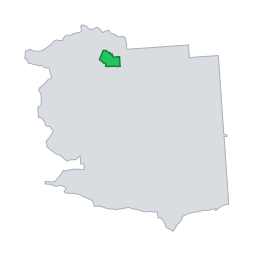 Kutum, North Darfur, Sudan (highlighted), rotated 86°
{"feature_id": "16777658B71410798895125", "entity_name": "Kutum", "entity_type": "district", "adm_level": 2, "iso_a3": "SDN", "parent_name": "Sudan", "parent_adm1": "North Darfur", "projection": "robinson", "projection_center": [24.615, 14.495], "detail": "fine", "context": "in_parent", "style": "filled", "palette": "green", "viewbox_px": 256, "rotation_deg": 86, "n_neighbors": 0, "source": "geoboundaries", "source_scale": "gbopen_adm2", "svg_char_len": 4338}
<svg xmlns="http://www.w3.org/2000/svg" viewBox="0 0 256 256"><g transform="rotate(86 128 128)"><path d="M178.1,214.6L175.7,214.6L175.5,214.0L175.5,212.2L175.8,210.9L176.6,208.8L176.4,207.7L176.5,206.0L175.9,204.2L170.1,198.8L169.0,197.3L165.9,196.0L166.4,194.5L165.1,183.5L165.7,182.2L165.9,180.3L165.8,178.6L166.5,175.8L166.6,174.6L160.5,174.6L160.5,175.8L160.8,177.1L160.7,177.7L152.3,177.7L155.7,182.0L155.9,183.9L155.7,186.2L155.8,187.7L156.0,188.7L156.9,190.6L156.8,191.0L156.6,191.5L150.7,197.2L149.7,199.9L148.9,201.2L147.2,203.6L141.7,209.7L140.8,210.1L136.6,210.3L136.2,210.5L135.9,210.8L135.7,210.7L132.1,207.1L126.1,202.8L122.1,205.0L121.0,205.9L121.0,207.9L120.4,209.0L119.4,210.2L116.4,210.9L114.9,211.5L113.1,212.7L111.3,214.6L111.2,215.7L111.4,216.6L101.2,216.5L100.5,215.8L99.1,212.6L98.0,212.8L88.8,212.4L87.5,212.7L84.8,214.1L83.5,214.3L82.1,213.7L77.2,207.3L76.2,206.5L75.1,205.0L74.0,204.3L73.7,203.9L73.6,203.2L73.6,201.8L73.3,200.9L72.5,200.7L66.0,202.2L65.0,202.0L63.6,202.3L63.2,202.5L62.6,203.4L62.5,205.1L62.4,206.0L61.9,207.0L60.0,209.1L59.6,210.1L59.7,212.5L59.6,213.7L59.3,214.2L58.5,215.1L58.2,215.7L57.8,218.7L56.8,220.6L56.6,221.2L56.5,222.5L56.4,222.9L53.4,224.0L52.3,224.7L51.6,225.7L51.4,226.2L50.2,225.8L48.6,225.5L45.5,225.2L44.2,224.7L43.7,224.0L43.8,222.1L43.5,221.7L43.0,221.4L42.7,220.6L42.8,219.6L44.4,217.5L44.8,216.4L45.2,211.0L45.1,209.4L43.8,206.4L40.8,201.2L40.1,200.2L36.4,195.9L36.0,195.3L35.1,193.5L36.1,189.5L36.1,188.4L35.9,187.3L34.9,186.5L34.1,186.4L33.0,185.3L32.3,184.8L31.7,183.9L31.2,182.6L31.5,177.9L31.3,177.3L30.4,177.2L30.2,176.8L30.2,175.9L29.7,173.3L29.1,171.1L29.4,169.9L28.6,168.2L27.1,167.5L24.2,168.1L23.3,168.0L22.6,167.7L22.2,167.1L21.9,166.3L22.2,165.3L23.0,163.3L24.1,161.7L26.2,160.2L26.8,159.4L27.1,158.5L27.1,157.5L27.0,156.5L26.8,155.5L26.1,154.2L25.6,152.7L25.6,151.7L25.8,151.0L26.4,150.1L28.5,148.4L30.7,146.9L31.1,146.4L30.9,145.8L29.9,144.7L29.6,142.4L29.1,140.8L30.2,139.6L31.0,139.2L32.3,138.8L32.8,138.3L32.9,137.4L32.9,136.4L33.3,135.8L33.9,134.3L34.4,133.6L36.1,131.9L36.4,130.8L36.6,129.8L36.1,126.6L37.1,125.2L38.3,124.1L40.0,124.2L42.8,123.9L44.6,123.5L45.9,123.5L48.9,124.1L49.3,123.8L49.4,123.0L49.4,61.8L61.8,61.9L62.0,61.7L62.0,32.8L140.1,32.9L140.7,32.7L141.9,30.0L142.4,29.8L143.2,30.0L143.5,30.6L142.9,32.8L211.0,32.8L211.3,36.1L211.9,38.8L213.9,42.6L215.6,44.6L216.2,45.7L216.2,46.2L216.2,46.7L215.7,46.2L214.8,45.8L214.7,47.5L215.2,51.2L215.9,53.7L215.5,56.1L215.6,60.0L216.6,64.8L216.5,67.8L218.0,75.0L219.5,78.9L220.3,79.9L221.1,80.4L222.8,80.7L225.2,82.7L227.2,84.8L227.9,86.0L228.8,87.2L229.5,87.0L229.9,86.6L230.5,87.6L233.6,89.7L234.1,90.7L233.0,91.7L231.7,93.3L231.2,94.9L230.8,95.4L229.8,96.3L229.7,96.8L229.2,97.1L228.8,97.1L227.7,97.7L226.8,97.5L225.9,97.8L225.5,98.2L224.8,98.5L223.8,98.6L222.2,100.0L220.8,100.6L220.4,101.1L219.7,103.7L219.2,104.4L217.1,104.5L216.1,104.7L214.7,104.4L214.1,104.4L213.9,105.0L213.7,107.2L213.8,108.2L212.7,110.7L213.1,115.5L212.0,119.1L211.9,119.9L210.8,122.7L210.2,123.8L208.9,129.0L208.4,130.7L207.2,132.4L208.6,145.1L207.6,149.0L207.7,151.1L207.0,154.2L206.4,155.7L205.5,157.4L204.8,159.4L204.1,161.9L203.7,166.8L203.5,167.3L199.9,167.9L198.7,168.2L198.0,168.8L197.1,170.0L195.2,173.4L194.3,175.5L192.8,178.4L191.0,180.5L190.6,181.4L190.4,183.3L189.7,186.2L189.2,188.3L189.3,190.0L188.7,192.9L188.8,194.3L188.2,195.0L187.4,195.8L186.8,196.0L184.3,194.0L182.5,195.4L181.4,197.3L180.5,199.1L181.1,203.2L181.0,204.0L180.8,205.0L179.1,208.9L178.6,210.7L178.1,213.9L178.1,214.6Z" fill="#d9dde1" stroke="#a8b0b8" stroke-width="1"/><path d="M64.9,146.0L65.2,144.3L65.3,141.6L65.3,139.9L65.3,139.1L65.4,137.8L65.9,134.2L65.9,131.6L63.6,131.6L60.7,131.6L58.8,131.5L58.3,131.5L56.3,131.5L56.2,133.3L56.3,135.6L56.6,136.9L56.1,137.9L55.4,138.2L54.6,138.2L54.1,138.4L53.7,138.6L53.2,138.6L52.9,138.9L53.0,139.2L53.5,139.1L53.8,139.2L53.7,139.6L53.3,140.1L53.1,140.5L52.2,140.6L51.5,140.7L51.3,141.0L51.5,141.7L51.5,142.1L50.4,143.4L49.6,143.9L49.1,144.8L49.0,146.6L49.0,147.1L49.2,147.5L50.4,148.1L52.0,148.8L52.4,149.0L56.5,151.1L57.4,151.7L57.5,151.7L58.3,151.3L58.8,150.8L58.7,150.2L59.0,149.6L59.4,149.3L60.3,149.1L60.6,148.8L60.7,148.3L61.3,148.0L61.5,147.8L61.6,147.5L61.8,146.4L62.0,146.1L62.6,145.9L63.7,145.9L64.3,145.8L64.9,146.0Z" fill="#22c55e" stroke="#15803d" stroke-width="1.5"/></g></svg>